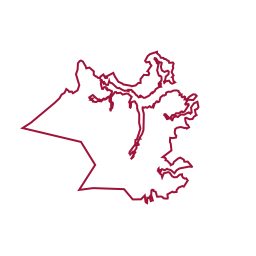 Sørfold nor, Nordland, Norway (Albers equal-area conic projection), rotated 132°
{"feature_id": "86288312B94814604845877", "entity_name": "Sørfold nor", "entity_type": "district", "adm_level": 2, "iso_a3": "NOR", "parent_name": "Norway", "parent_adm1": "Nordland", "projection": "albers", "projection_center": [15.554, 67.519], "detail": "fine", "context": "isolated", "style": "outline", "palette": "rose", "viewbox_px": 256, "rotation_deg": 132, "n_neighbors": 0, "source": "geoboundaries", "source_scale": "gbopen_adm2", "svg_char_len": 5806}
<svg xmlns="http://www.w3.org/2000/svg" viewBox="0 0 256 256"><g transform="rotate(132 128 128)"><path d="M62.1,94.0L65.7,95.5L70.5,94.9L73.9,91.0L75.6,91.2L75.3,92.4L76.0,92.7L76.0,93.5L80.6,95.2L82.6,97.8L86.5,98.3L86.8,98.8L86.7,99.8L89.6,101.4L93.3,99.9L92.5,100.7L92.7,101.4L91.9,102.7L95.3,105.0L94.7,105.8L94.9,106.9L94.1,108.2L94.2,109.6L93.4,110.1L93.1,109.8L93.5,107.2L92.7,107.9L92.9,105.2L92.6,103.3L88.9,103.8L86.8,102.0L84.8,102.1L83.4,100.3L79.6,99.1L79.7,98.2L79.5,97.7L77.9,97.0L70.3,98.2L69.9,98.8L70.5,99.2L70.2,99.6L72.1,100.8L71.9,101.5L68.3,102.1L68.1,102.5L68.3,103.0L67.2,103.7L68.9,105.1L66.7,106.3L66.8,107.1L68.9,108.2L68.9,109.1L67.2,110.6L69.0,111.8L67.3,113.0L67.3,114.5L66.7,115.2L67.5,117.0L69.9,119.4L72.4,120.3L73.9,122.2L76.1,123.3L77.9,122.2L79.8,122.9L80.2,123.8L83.5,124.4L87.4,122.4L88.8,123.0L88.7,124.3L89.1,124.6L91.8,124.3L92.8,124.9L93.6,123.8L95.5,123.0L95.3,124.1L96.2,123.6L97.3,124.7L97.3,126.5L100.1,127.2L100.7,128.8L102.6,129.9L102.7,130.6L102.1,130.5L102.7,130.9L104.1,129.9L106.9,125.7L119.1,115.2L123.1,113.5L127.0,112.9L127.6,111.9L127.8,112.4L133.0,111.1L133.5,110.7L133.3,110.2L132.6,110.2L133.0,109.0L133.5,108.8L134.2,109.6L135.9,109.7L137.0,108.3L141.1,107.6L141.1,106.3L143.9,106.0L145.6,104.7L149.3,105.0L144.6,105.8L142.0,108.0L142.1,108.5L146.2,108.6L145.7,109.5L145.9,110.0L144.6,110.8L135.3,111.7L132.0,114.4L130.4,113.8L120.1,118.4L116.8,123.1L110.3,128.8L108.7,131.5L108.6,132.6L107.6,133.4L107.5,134.2L105.3,136.1L104.5,137.8L105.3,138.0L104.4,138.0L104.2,139.6L103.6,140.3L104.0,141.3L106.8,142.8L110.4,140.0L111.3,139.8L111.4,140.5L108.8,142.8L108.0,144.5L102.4,146.1L102.5,150.8L103.2,152.0L106.7,154.3L106.8,157.2L109.6,159.5L109.3,160.9L110.0,161.7L116.5,161.2L119.9,158.3L119.3,156.6L119.9,155.4L123.7,153.1L124.7,153.3L124.4,153.8L124.6,154.0L125.6,153.8L125.8,153.0L127.2,152.1L125.8,154.0L124.3,154.1L123.9,153.4L123.2,154.0L123.4,154.6L122.8,155.5L120.1,157.4L120.2,158.1L120.6,158.1L120.5,159.7L117.4,162.4L118.8,163.5L120.7,163.5L122.1,164.0L123.9,165.8L126.1,165.7L128.0,168.4L130.1,169.1L131.8,171.7L131.1,172.0L131.1,172.9L132.1,174.6L130.0,174.2L131.5,175.7L131.5,177.0L131.2,177.3L127.0,176.2L127.1,171.0L126.6,168.9L125.9,168.5L125.8,167.4L125.0,166.2L122.4,165.8L121.7,164.2L118.9,163.9L116.4,162.7L111.9,163.9L111.3,165.0L111.8,165.4L112.3,167.8L113.6,168.4L113.0,169.3L113.6,169.2L113.6,170.0L112.5,171.9L113.6,173.1L115.8,172.7L116.3,173.5L113.2,177.9L111.1,179.1L111.0,179.9L111.5,180.8L110.0,179.8L111.4,175.6L110.6,175.2L109.6,177.5L110.6,173.2L109.4,171.7L105.7,173.4L106.2,172.6L106.0,171.0L105.4,169.8L105.5,163.1L104.8,161.6L104.1,161.4L103.5,157.9L102.5,155.1L101.3,154.4L100.3,152.2L99.4,153.3L97.5,151.1L97.5,149.0L98.0,148.9L97.5,147.0L98.1,143.8L97.8,143.2L98.1,140.6L96.7,139.6L95.9,140.6L95.5,140.4L95.1,136.6L94.1,135.6L89.7,133.9L86.3,134.1L85.8,133.6L86.0,132.4L85.0,133.7L83.2,132.7L80.7,133.4L76.7,132.3L75.2,131.0L74.9,131.7L75.8,132.5L75.8,133.4L74.5,135.0L73.3,135.0L73.5,133.9L74.9,132.9L74.6,132.1L72.8,133.4L72.6,134.2L73.1,134.5L72.8,134.9L70.0,135.0L67.6,137.4L67.6,138.9L68.3,139.4L68.3,140.3L65.7,144.9L59.6,148.3L59.5,149.1L60.4,149.2L60.4,150.2L59.2,151.6L59.5,151.9L59.0,153.2L59.1,154.4L58.2,154.9L57.6,154.0L57.7,152.8L58.5,150.2L58.0,149.3L57.9,148.0L57.1,147.4L57.0,146.5L60.6,144.4L62.5,141.4L62.0,138.5L58.8,136.8L58.8,135.5L60.9,133.9L64.6,134.3L67.8,132.3L69.6,132.3L70.2,131.2L68.0,131.1L65.4,129.2L66.0,126.4L65.5,124.8L62.6,123.6L62.6,125.7L60.5,128.6L60.8,129.3L58.5,129.3L57.3,133.0L53.0,134.6L52.2,136.0L49.7,137.1L49.3,138.4L52.0,141.0L50.9,142.7L51.5,143.8L51.5,146.0L52.5,147.3L52.2,148.5L53.8,150.6L52.9,153.2L53.1,156.5L52.0,157.4L58.4,161.1L61.4,161.5L66.7,160.2L67.0,158.3L64.5,156.4L65.6,154.3L65.9,152.4L72.8,151.5L72.5,150.8L73.2,148.8L75.0,148.1L77.9,151.8L83.3,151.4L86.1,148.8L87.5,150.4L91.3,150.8L94.6,153.3L94.8,154.3L98.9,160.8L98.7,161.8L100.1,166.1L98.5,172.2L96.9,175.8L103.7,178.3L104.7,177.1L106.0,178.3L105.0,179.4L105.6,179.7L104.7,182.1L108.4,182.9L109.6,182.0L110.9,184.1L110.7,185.8L111.2,186.3L111.4,189.1L108.8,191.3L108.9,197.1L111.6,198.9L110.5,200.7L108.8,206.1L109.4,208.1L110.7,208.7L113.4,208.5L118.5,204.4L122.8,202.7L128.8,192.8L133.8,190.7L139.0,192.2L138.5,194.1L140.5,195.9L140.1,197.1L140.3,199.9L144.2,198.7L147.7,199.7L151.9,198.8L158.2,199.3L189.1,203.7L198.6,206.3L169.8,153.6L177.4,127.7L206.7,122.9L196.0,113.7L176.1,90.0L177.9,76.7L172.3,70.6L166.9,70.4L171.1,65.6L171.3,64.6L171.0,63.6L166.9,67.0L166.2,65.7L164.5,65.9L167.1,62.2L165.2,61.1L162.3,65.9L158.6,68.9L157.7,68.7L157.0,67.7L157.7,66.9L156.9,64.7L159.6,60.4L156.7,57.5L156.2,55.8L156.5,54.6L155.0,52.5L153.9,51.4L153.2,51.7L151.0,54.3L145.6,52.4L145.2,51.0L143.0,49.1L141.7,50.3L138.4,50.5L134.7,48.7L134.2,47.3L127.0,48.5L126.5,51.2L127.5,51.7L128.1,53.9L127.4,55.9L126.3,56.9L128.2,58.4L131.8,58.8L133.9,60.9L134.3,63.0L133.4,67.0L133.6,68.1L134.1,68.7L137.7,71.1L141.8,69.6L140.5,71.6L140.3,72.6L140.5,74.0L138.7,74.5L140.1,76.0L139.9,77.1L139.0,76.9L139.1,77.2L138.4,78.1L137.8,78.1L138.6,77.4L138.2,77.2L137.5,75.3L135.8,75.2L134.9,72.5L132.2,71.7L132.2,71.0L130.7,68.3L130.5,63.2L127.0,63.6L123.8,62.8L116.1,57.0L114.4,55.1L114.0,53.8L113.0,61.0L115.3,63.6L114.2,65.4L115.0,69.3L117.0,70.3L122.5,71.2L124.5,70.4L127.1,71.4L126.2,72.8L126.4,73.7L126.0,76.9L126.9,78.6L125.5,79.3L125.3,80.7L126.5,82.8L115.6,80.7L111.1,85.7L110.3,87.5L107.1,90.1L105.6,88.0L103.0,86.0L101.5,86.8L101.2,88.6L100.0,90.4L97.1,92.2L94.8,91.6L91.9,89.4L90.2,86.0L89.1,85.0L89.1,83.9L86.6,83.1L85.7,85.6L86.1,86.7L84.5,89.8L82.5,92.1L81.5,91.7L80.4,88.2L78.2,86.1L75.4,86.6L72.5,85.7L72.2,87.2L69.7,90.4L67.4,89.3L65.3,89.6L62.1,94.0ZM63.5,98.2L58.2,98.4L58.1,100.4L59.4,102.1L63.6,103.3L65.5,103.4L66.7,102.1L63.5,98.2Z" fill="none" stroke="#9f1239" stroke-width="2"/></g></svg>